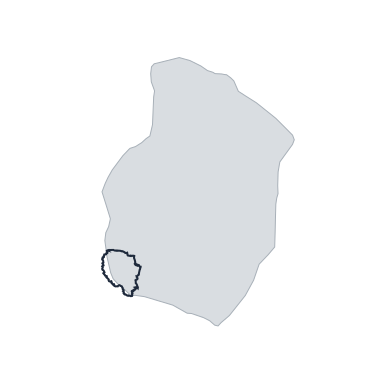 Sanqebethu, Mokhotlong, Lesotho (highlighted), rotated 154°
{"feature_id": "5366337B9113351497763", "entity_name": "Sanqebethu", "entity_type": "district", "adm_level": 2, "iso_a3": "LSO", "parent_name": "Lesotho", "parent_adm1": "Mokhotlong", "projection": "equal_earth", "projection_center": [29.193, -29.287], "detail": "fine", "context": "in_parent", "style": "outline", "palette": "slate", "viewbox_px": 384, "rotation_deg": 154, "n_neighbors": 0, "source": "geoboundaries", "source_scale": "gbopen_adm2", "svg_char_len": 6363}
<svg xmlns="http://www.w3.org/2000/svg" viewBox="0 0 384 384"><g transform="rotate(154 192 192)"><path d="M238.3,254.9L229.7,258.1L228.5,258.4L223.0,257.6L215.6,258.4L209.8,260.1L205.3,260.8L198.0,269.8L184.8,294.2L181.3,299.3L180.3,308.8L177.3,316.4L173.5,322.3L169.8,323.8L158.7,321.4L144.5,318.4L136.2,311.0L128.8,301.4L124.9,294.4L120.8,290.5L119.4,288.3L113.6,285.1L111.4,283.4L109.5,282.2L107.1,277.5L105.7,273.5L106.2,262.2L102.1,255.4L95.0,243.9L90.5,234.4L84.4,221.5L80.6,210.5L76.7,199.0L77.2,194.1L80.8,190.7L91.5,185.0L99.9,180.5L105.8,172.3L112.2,160.1L115.4,152.8L118.5,149.4L122.0,144.3L128.0,132.8L134.6,120.0L141.8,106.3L150.9,102.3L163.3,97.7L175.3,85.7L189.5,75.6L212.5,64.6L223.2,61.8L227.3,60.2L229.9,62.3L232.6,68.6L236.6,73.9L245.7,83.0L249.5,85.2L258.9,98.8L268.9,108.0L280.5,118.7L288.3,124.0L292.3,125.5L295.7,135.0L299.0,142.0L300.9,148.6L300.5,155.0L296.9,170.6L291.6,186.6L287.3,193.2L282.1,197.4L277.1,203.7L275.1,216.5L272.8,231.6L266.2,237.8L261.1,241.9L254.0,246.8L238.3,254.9Z" fill="#d9dde1" stroke="#a8b0b8" stroke-width="1"/><path d="M291.9,176.3L292.3,176.3L292.7,176.5L292.9,176.4L292.8,176.0L293.1,176.3L293.5,176.4L293.7,176.6L294.4,176.6L294.5,176.5L294.5,176.3L294.5,176.0L294.1,175.3L294.2,175.1L294.6,174.8L294.9,174.3L295.2,174.5L295.4,174.4L295.6,174.5L295.7,174.4L296.0,174.4L296.1,174.0L296.4,173.7L296.7,173.7L297.8,174.2L298.0,174.1L298.3,174.2L298.4,173.8L298.6,173.5L298.7,173.4L299.1,173.4L299.4,173.2L299.5,172.4L299.6,172.2L299.8,172.2L300.1,172.3L300.6,172.4L300.7,171.9L301.5,171.8L301.4,171.4L301.6,171.3L301.9,171.2L302.3,170.8L302.3,170.4L301.9,169.8L302.0,169.0L302.4,168.2L302.4,167.9L302.7,167.6L302.7,167.4L303.8,167.3L303.9,167.2L303.9,166.8L303.6,166.2L303.6,165.9L303.6,164.8L303.7,164.7L304.1,164.7L304.7,164.7L304.9,164.8L305.4,164.6L305.3,163.8L305.2,163.4L305.6,163.0L306.0,162.6L306.3,162.3L306.3,162.0L306.5,162.0L306.5,161.1L306.3,160.9L306.0,160.6L305.9,160.2L305.8,159.6L305.9,159.2L306.0,158.9L305.8,158.2L306.1,158.0L306.5,158.0L306.9,157.8L307.3,157.8L307.1,156.7L306.8,156.1L306.8,155.7L306.8,155.3L306.8,155.1L306.5,155.0L306.4,154.5L306.2,154.3L305.9,154.1L305.9,153.9L305.5,153.6L305.6,153.4L305.9,153.2L305.9,152.9L306.2,152.8L306.0,152.4L306.1,152.2L305.7,151.6L305.7,151.2L305.3,150.4L305.2,149.8L305.4,149.6L305.5,149.5L305.7,149.1L305.7,148.6L305.7,148.3L305.4,147.8L304.7,147.4L304.4,147.2L303.9,147.3L303.6,147.2L303.7,146.3L303.9,146.4L304.0,146.3L304.2,146.1L304.3,145.9L304.1,145.2L304.0,144.6L303.9,144.4L303.5,144.2L303.3,143.6L302.5,143.3L302.6,142.5L302.6,142.2L303.2,142.5L303.3,142.5L303.2,142.2L302.8,141.4L302.2,140.7L301.8,140.5L300.5,140.1L300.1,139.7L299.5,140.0L298.6,140.2L298.4,140.2L297.9,140.0L297.7,139.8L297.6,139.2L297.4,138.9L297.1,138.7L296.9,138.4L296.5,138.1L296.4,136.4L296.6,136.4L296.7,135.1L296.9,134.9L296.9,134.7L296.4,133.7L296.6,133.3L296.8,133.2L297.1,132.9L297.4,132.9L297.3,132.6L297.1,132.3L297.3,131.7L297.6,131.5L297.8,131.2L297.6,131.0L297.4,130.7L297.6,130.2L297.3,130.1L297.2,129.7L296.8,129.3L297.0,129.1L296.5,128.7L296.1,128.1L295.9,128.0L295.8,127.5L295.5,127.2L295.0,126.9L294.7,126.9L294.7,126.6L294.2,126.5L293.8,126.3L293.4,125.9L293.1,125.7L292.8,125.3L292.7,125.3L292.6,125.2L291.8,124.9L291.5,125.0L291.3,124.9L291.2,125.0L291.1,125.4L291.0,125.5L290.9,125.6L290.8,125.9L290.8,126.1L290.6,126.2L290.6,126.5L290.4,126.6L290.5,126.7L290.3,126.9L290.3,127.0L290.2,127.0L290.1,127.3L289.9,127.6L289.8,127.8L289.9,128.1L289.6,128.6L289.7,129.2L289.5,129.4L289.4,129.4L289.1,129.4L288.3,128.8L288.1,128.8L288.1,129.2L287.9,129.4L287.6,129.2L287.6,128.9L287.4,129.0L287.3,129.3L287.1,129.5L286.6,129.1L286.3,129.1L286.1,129.2L286.2,129.6L285.9,129.6L285.5,129.8L284.9,129.8L284.7,130.2L284.4,130.1L284.3,130.4L284.5,130.5L284.7,131.0L285.0,131.1L285.1,131.3L284.6,131.2L284.4,131.0L284.0,130.9L283.7,130.1L283.9,130.0L283.8,129.8L283.5,130.0L283.5,130.3L283.4,130.3L283.1,130.2L283.0,130.5L282.9,130.6L282.8,130.2L282.7,129.6L282.5,129.9L282.6,130.1L282.6,130.3L282.4,130.4L282.4,131.7L282.2,132.4L282.3,132.7L282.2,133.2L282.3,134.2L282.5,134.6L282.5,134.9L282.1,135.5L281.9,136.2L281.6,136.6L281.5,136.9L281.5,137.5L280.3,137.7L280.0,137.5L279.6,137.5L279.2,137.7L278.9,138.2L278.7,138.4L278.8,139.2L279.0,140.0L278.8,140.3L278.7,140.4L278.7,140.5L278.5,140.4L277.8,140.5L277.6,140.6L277.5,140.8L277.1,140.9L276.9,140.7L276.7,140.7L276.0,141.0L275.8,141.3L275.8,141.5L275.3,142.1L275.3,142.3L274.7,143.0L274.3,143.5L274.2,143.7L273.8,144.1L273.3,144.9L273.1,144.9L272.7,145.2L272.6,145.3L272.5,145.6L272.2,145.8L272.0,146.1L271.9,146.2L271.8,146.5L271.6,146.6L271.2,146.9L271.0,147.1L271.1,147.5L270.8,147.8L270.8,148.1L270.9,147.8L271.3,147.9L271.4,147.6L271.7,147.5L271.7,147.9L271.8,148.6L271.7,149.2L271.7,149.5L271.8,149.6L272.0,149.4L272.0,149.2L272.8,149.3L273.2,149.6L273.4,149.6L273.6,149.9L273.5,150.4L273.3,150.5L273.1,150.3L273.0,150.2L272.8,150.3L272.8,150.5L273.1,150.7L273.3,150.6L273.4,150.8L273.4,151.3L273.5,151.4L273.8,151.3L274.1,151.4L274.4,151.3L274.4,151.1L274.6,151.0L274.8,151.3L274.9,152.1L274.7,152.1L274.7,152.5L274.4,152.5L274.1,152.9L274.1,153.0L274.0,153.5L273.9,153.5L273.8,153.9L273.7,154.2L273.6,154.3L273.6,154.5L273.4,155.2L273.4,155.4L273.3,155.7L273.3,156.0L273.2,156.2L273.1,156.9L273.2,157.1L273.2,157.3L273.0,158.3L272.7,158.6L272.6,158.9L272.3,159.2L272.2,159.5L271.9,159.9L272.0,160.0L272.2,159.9L272.4,159.9L272.8,160.3L272.9,160.5L273.1,160.5L273.3,160.8L274.0,160.9L274.3,161.2L274.5,161.1L274.8,161.1L275.1,161.5L275.2,161.8L275.3,161.8L275.4,161.7L275.6,161.6L276.0,161.9L276.1,162.0L276.3,162.1L276.5,162.4L276.8,162.5L277.5,163.0L277.6,163.4L277.3,164.1L277.2,165.0L276.9,165.4L276.9,165.7L277.2,165.6L277.6,166.0L277.9,166.1L278.0,166.0L278.2,166.3L278.3,166.3L278.6,166.4L278.6,166.5L278.7,166.8L278.8,166.9L279.0,167.1L279.1,167.4L279.1,167.5L279.3,167.7L279.3,167.9L279.5,168.2L279.9,168.5L280.0,168.8L280.3,168.9L280.4,169.1L280.5,169.2L280.7,169.5L281.3,169.6L281.4,169.9L281.6,170.1L281.8,170.1L282.2,170.6L282.5,170.8L282.8,170.9L283.0,171.1L283.3,171.2L283.9,171.6L284.2,171.6L284.4,171.9L284.7,171.9L284.9,172.1L285.0,172.0L285.3,172.2L285.5,172.2L285.7,172.3L285.9,172.6L286.0,172.6L286.2,172.9L286.8,173.0L287.5,173.6L288.0,174.4L288.2,174.5L289.7,175.2L290.0,175.2L290.6,175.6L291.3,175.9L291.9,176.3Z" fill="none" stroke="#1e293b" stroke-width="2"/></g></svg>